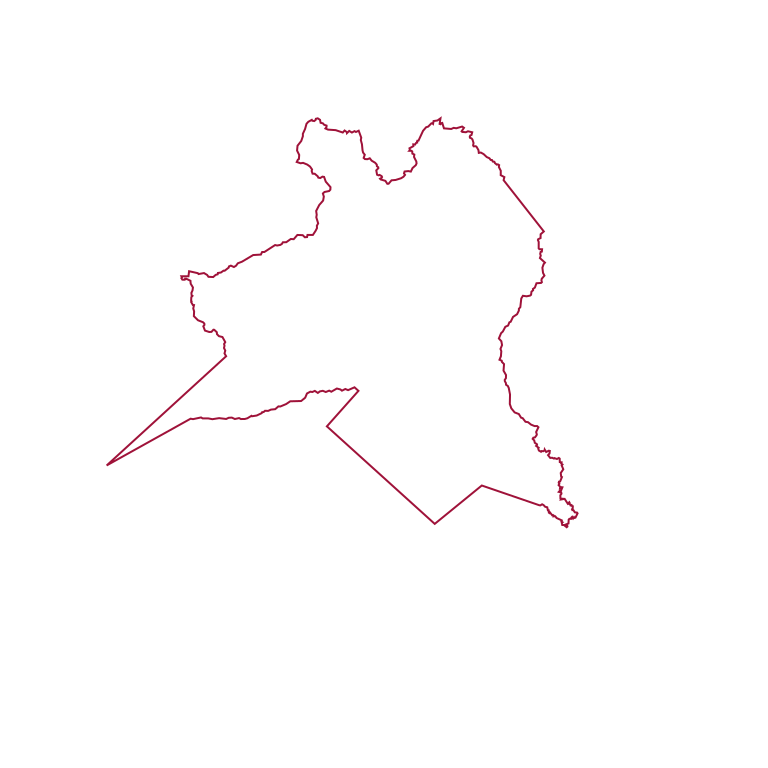 Aquidauana, Mato Grosso do Sul, Brazil (Mercator projection), rotated 222°
{"feature_id": "56859067B57339224225179", "entity_name": "Aquidauana", "entity_type": "district", "adm_level": 2, "iso_a3": "BRA", "parent_name": "Brazil", "parent_adm1": "Mato Grosso do Sul", "projection": "mercator", "projection_center": [-55.836, -19.55], "detail": "fine", "context": "isolated", "style": "outline", "palette": "rose", "viewbox_px": 768, "rotation_deg": 222, "n_neighbors": 0, "source": "geoboundaries", "source_scale": "gbopen_adm2", "svg_char_len": 6166}
<svg xmlns="http://www.w3.org/2000/svg" viewBox="0 0 768 768"><g transform="rotate(222 384 384)"><path d="M490.7,628.0L491.6,625.9L494.5,623.7L495.4,623.7L496.0,627.9L498.2,627.6L501.4,622.4L503.6,621.0L504.7,618.5L510.5,614.1L515.4,617.0L516.0,616.1L515.8,614.9L516.7,614.5L519.8,619.2L520.6,615.6L523.1,612.6L521.6,610.1L522.7,610.1L523.2,609.4L523.4,604.8L524.5,603.0L524.4,598.3L521.2,587.9L522.0,587.1L521.7,586.2L520.9,585.6L521.5,584.4L521.1,582.8L522.6,581.7L521.3,580.4L522.8,576.2L521.2,575.1L521.2,574.3L519.6,575.7L518.6,575.7L517.1,574.2L515.0,574.8L513.6,572.8L508.9,571.0L507.4,569.7L506.8,567.9L507.3,563.6L506.2,559.8L508.4,558.5L510.9,555.7L510.1,553.9L508.3,553.5L508.2,551.0L509.0,548.3L511.9,543.4L514.7,540.4L514.6,535.9L515.5,535.0L518.9,535.9L523.3,533.8L524.3,533.9L523.7,535.7L523.9,536.5L524.9,536.9L527.2,536.4L527.7,535.4L529.2,534.9L532.7,537.6L532.6,540.6L533.3,541.2L535.0,541.1L536.2,542.2L538.6,542.5L542.6,541.7L545.6,542.2L546.8,539.9L548.7,538.4L550.4,538.4L551.7,541.5L554.4,542.0L556.2,543.2L560.8,547.4L564.5,549.8L565.7,551.8L572.3,555.3L573.5,552.5L575.1,552.2L576.1,549.4L579.2,548.8L579.4,545.7L580.1,546.3L582.9,546.0L582.9,543.3L589.8,540.3L595.8,535.6L598.5,534.7L598.7,536.6L599.6,537.6L601.9,536.6L603.9,536.8L605.9,535.7L608.3,537.5L611.0,537.1L612.1,535.5L611.5,534.5L611.8,532.7L613.4,531.7L614.4,532.0L615.7,528.2L615.7,525.5L613.3,520.7L611.7,515.6L610.1,513.9L608.1,509.2L607.7,503.2L604.8,499.3L600.3,497.5L597.8,494.3L598.1,493.1L597.4,490.6L593.7,492.2L592.1,494.2L587.9,495.7L584.5,496.1L581.0,495.3L580.3,493.9L577.8,492.5L576.2,493.9L572.2,494.0L570.9,493.4L569.2,494.4L568.5,496.9L567.1,497.8L562.7,495.4L555.5,494.5L553.9,492.5L553.9,490.7L556.7,486.9L556.9,484.7L554.1,483.0L552.0,479.6L551.9,473.7L550.2,467.2L547.2,464.7L545.9,462.6L540.4,459.3L539.8,456.7L538.1,455.0L537.3,451.9L536.6,447.2L540.6,443.6L539.5,441.7L541.0,440.1L544.0,440.2L548.1,436.8L548.0,431.2L550.3,429.4L551.5,424.0L554.0,421.6L553.6,419.9L554.1,418.0L556.1,415.4L557.9,414.4L561.2,402.1L562.9,400.5L562.1,397.8L567.5,392.3L571.4,379.8L573.4,375.9L573.1,372.9L573.8,370.5L577.0,369.5L577.9,367.6L577.3,366.6L578.2,361.6L579.1,360.8L579.8,357.7L581.7,355.4L581.0,354.2L582.1,352.5L582.5,349.2L586.2,346.2L588.4,346.7L592.0,346.0L595.4,341.6L596.5,341.8L604.3,337.4L601.4,333.2L606.6,328.5L605.5,328.1L605.4,327.1L603.7,326.6L602.1,327.9L601.7,328.7L602.2,329.2L601.5,329.9L596.9,331.2L594.8,329.2L590.6,327.9L588.9,325.4L588.1,322.8L586.3,321.2L585.3,321.3L585.3,319.6L583.1,316.9L582.3,316.7L582.2,315.9L578.9,314.8L578.0,315.5L576.3,312.5L573.7,310.9L570.7,307.2L564.9,306.9L559.8,308.8L558.0,308.7L557.0,307.8L556.9,306.0L552.8,303.9L548.7,305.7L547.1,307.3L547.1,310.2L546.4,310.7L542.9,310.6L541.5,309.3L538.7,309.1L535.5,310.8L530.0,308.9L529.6,306.7L528.1,305.7L527.0,303.7L524.3,302.6L523.0,300.0L519.9,299.0L535.6,137.9L504.5,228.8L502.4,230.1L497.6,236.7L495.7,237.1L491.5,240.9L488.0,243.0L483.7,248.3L477.9,252.4L476.8,255.0L474.6,257.2L471.4,258.2L468.9,261.7L466.9,262.2L464.0,264.9L462.6,267.1L461.2,271.7L460.5,271.7L457.5,275.4L455.4,280.5L455.7,281.5L454.7,282.6L454.5,284.5L452.1,286.5L450.9,289.3L448.0,292.5L447.5,296.7L446.0,297.9L443.3,303.6L442.1,308.4L434.2,315.9L433.4,321.1L434.9,325.4L433.6,329.0L431.9,330.1L430.8,332.6L427.2,333.1L426.7,335.6L424.9,338.0L421.9,339.1L420.3,342.4L418.0,343.0L416.0,349.1L412.7,350.8L410.8,350.9L409.4,354.4L406.6,355.4L403.7,361.8L398.4,361.8L398.1,314.3L252.7,314.0L243.4,374.0L187.5,397.8L186.6,398.4L186.0,400.4L184.4,400.8L182.1,400.6L180.2,401.6L177.7,399.8L177.1,400.3L175.4,398.7L174.6,398.8L174.7,399.6L171.2,399.0L170.8,399.7L169.7,399.8L169.4,399.1L168.2,400.3L166.1,399.9L160.6,401.6L160.2,400.6L159.0,400.7L159.3,400.0L157.2,398.5L155.9,399.6L152.4,399.8L152.3,400.8L153.0,401.3L154.9,401.2L153.6,403.8L156.0,406.8L156.0,407.9L154.7,409.1L155.4,410.0L155.3,411.2L153.5,410.6L153.7,412.2L152.8,412.0L152.3,412.8L153.6,417.4L154.5,417.6L156.3,416.3L158.8,417.0L159.6,416.3L160.5,416.7L160.5,417.8L161.9,419.5L163.8,418.7L163.9,419.4L166.1,418.7L166.4,419.8L167.2,420.1L167.3,418.0L172.9,419.5L174.8,417.1L174.8,418.0L176.2,416.9L178.5,419.3L178.7,421.2L179.6,421.9L181.9,420.8L181.9,422.1L180.8,422.4L182.3,426.6L182.9,426.2L182.6,424.5L183.2,423.9L184.2,425.5L186.6,425.7L186.9,427.2L188.1,427.5L188.6,428.5L187.9,429.4L189.5,433.9L190.3,433.7L193.1,436.1L193.7,440.6L197.5,442.4L197.5,443.6L199.1,443.5L199.6,444.6L201.1,443.6L203.5,446.1L204.6,446.0L205.3,444.0L207.7,443.0L207.8,442.3L209.7,441.7L211.0,440.3L214.5,440.9L214.5,443.1L216.0,445.2L216.9,444.7L218.0,442.0L220.7,442.8L220.2,442.0L220.6,440.7L222.1,439.5L222.0,438.7L224.4,438.2L226.2,439.2L226.4,440.1L229.5,439.8L229.5,441.2L230.2,441.6L232.6,441.2L234.6,442.6L236.8,442.7L237.1,444.0L236.1,445.3L236.3,447.9L236.7,448.8L238.8,450.1L240.3,455.2L242.1,455.2L243.9,453.5L247.6,452.2L251.4,452.0L253.6,450.6L258.1,451.4L259.6,450.7L263.7,451.9L267.9,450.3L273.1,451.1L277.1,453.3L283.3,460.5L288.6,464.5L290.7,465.4L292.8,465.1L294.1,466.3L296.0,466.9L297.0,467.8L297.3,469.9L299.3,472.3L304.1,473.9L308.1,479.1L311.1,479.3L312.1,480.1L314.4,479.3L315.7,482.9L318.8,486.9L320.9,488.0L322.3,491.9L325.4,494.3L329.1,494.7L331.0,500.1L330.8,502.5L332.1,507.7L330.9,510.5L332.1,513.7L331.5,515.0L333.0,520.2L331.8,524.9L332.9,528.8L334.1,530.2L334.1,532.3L339.2,539.4L339.8,542.5L336.7,544.6L334.6,547.4L334.4,548.7L336.2,551.3L335.9,553.4L336.9,554.3L336.4,556.6L338.1,560.9L334.9,564.2L334.8,565.3L336.4,566.4L337.2,567.8L337.3,571.9L340.2,573.0L344.1,576.4L345.6,579.9L345.6,581.9L352.4,581.9L353.4,584.3L355.0,585.2L356.0,587.0L355.3,588.0L356.7,589.9L358.7,588.2L359.8,588.3L364.1,593.1L366.0,594.0L366.3,594.7L365.3,597.2L367.8,600.1L367.3,604.3L431.5,615.5L433.0,618.3L437.0,617.3L439.9,620.6L443.8,622.1L444.9,623.7L446.4,623.4L446.9,622.5L449.4,622.4L450.7,623.0L452.0,622.1L453.6,622.7L454.7,621.9L456.7,622.3L459.5,621.4L463.8,621.5L466.9,620.8L468.2,619.2L470.3,621.0L473.9,622.2L474.9,622.1L476.4,620.6L477.5,621.0L478.7,623.0L481.9,624.9L483.3,625.1L484.9,624.5L485.7,625.1L486.2,626.4L485.6,627.6L486.9,630.1L490.7,628.0Z" fill="none" stroke="#9f1239" stroke-width="2"/></g></svg>